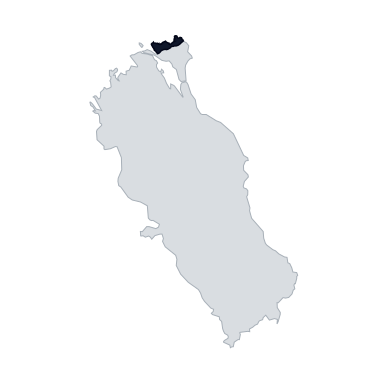 where Edirne sits in Turkey, rotated 62°
{"feature_id": "TUR-2240", "entity_name": "Edirne", "entity_type": "Province", "adm_level": 1, "iso_a3": "TUR", "parent_name": "Turkey", "parent_adm1": "", "projection": "mercator", "projection_center": [26.457, 41.291], "detail": "fine", "context": "in_parent", "style": "filled", "palette": "ink", "viewbox_px": 384, "rotation_deg": 62, "n_neighbors": 0, "source": "natural_earth", "source_scale": "10m", "svg_char_len": 5504}
<svg xmlns="http://www.w3.org/2000/svg" viewBox="0 0 384 384"><g transform="rotate(62 192 192)"><path d="M294.3,138.8L299.5,140.6L301.1,139.3L305.8,139.5L310.0,140.5L312.3,137.4L315.2,137.8L315.8,139.3L317.2,139.9L321.5,143.8L321.0,144.3L322.0,145.7L325.8,146.7L326.1,148.6L329.0,151.6L330.5,156.1L329.6,159.2L328.0,161.2L330.3,167.9L329.6,168.8L334.1,171.0L339.7,170.6L341.5,171.6L347.0,176.9L348.4,178.9L344.6,176.4L342.5,178.6L341.4,183.8L335.4,184.7L336.3,188.1L337.9,189.6L337.4,192.8L337.8,194.0L339.4,196.1L339.2,198.9L339.9,201.9L339.9,205.5L342.4,206.6L341.2,208.2L338.5,215.4L338.7,216.0L340.5,216.2L344.6,219.5L343.9,220.6L344.4,225.2L348.0,228.2L347.4,229.7L347.5,231.2L344.9,230.5L339.6,234.6L339.0,234.5L338.3,233.1L338.1,229.0L336.9,227.9L335.2,227.7L332.3,229.5L329.7,229.5L327.1,229.1L320.2,226.6L317.6,227.5L315.0,226.5L309.8,231.5L308.2,231.9L307.5,229.4L305.7,228.0L303.3,229.9L294.4,232.3L290.3,232.7L285.3,231.9L281.2,232.1L270.0,237.7L259.2,240.6L249.5,240.4L244.3,236.9L240.2,236.1L227.8,241.4L221.8,241.2L219.7,239.1L215.1,238.2L214.1,240.2L213.1,245.2L214.8,249.7L212.2,250.0L210.5,251.0L210.0,254.4L207.7,255.7L206.9,257.8L206.4,257.8L202.6,256.1L203.7,254.5L201.3,248.2L202.4,246.2L207.4,241.1L207.3,238.1L205.2,235.9L198.8,239.7L198.2,241.2L196.8,242.3L194.5,242.8L183.2,237.9L176.6,242.2L171.0,248.5L166.7,250.8L154.2,252.5L152.0,253.7L147.8,252.4L145.2,250.7L139.4,243.6L128.5,238.2L116.9,236.9L115.9,238.3L115.5,243.8L113.7,249.0L112.7,249.5L110.2,248.2L101.3,251.3L93.7,247.9L92.4,246.4L90.7,240.4L89.5,239.9L88.3,240.8L87.1,240.7L81.6,238.1L78.7,238.0L76.9,240.5L74.0,241.6L73.9,240.8L75.1,239.2L70.5,239.5L68.1,240.8L64.8,240.0L65.0,239.3L67.7,238.5L73.8,237.6L77.7,233.5L63.1,233.7L61.7,234.6L61.5,232.5L62.3,231.5L66.1,230.8L65.9,229.0L63.5,227.1L61.0,226.1L59.8,221.7L58.5,220.6L58.7,220.0L61.0,219.2L61.5,216.0L61.2,214.0L56.5,212.2L55.4,212.4L54.2,210.7L52.2,209.4L50.6,210.4L45.8,207.8L46.7,205.8L47.9,205.9L48.1,204.4L47.1,201.8L47.2,200.5L48.3,200.2L49.4,200.4L50.6,201.9L50.8,204.8L52.1,206.6L52.9,204.8L55.1,205.8L59.0,204.9L59.7,204.1L56.9,204.2L55.9,203.5L53.5,198.8L55.9,197.4L57.6,195.0L54.4,193.5L55.0,190.2L52.2,186.5L55.9,181.8L55.7,181.1L54.6,180.8L42.9,182.8L42.7,180.7L43.6,178.8L43.5,174.2L44.0,171.7L46.2,171.0L48.8,167.3L53.1,162.9L57.6,163.0L59.4,161.8L62.0,161.8L62.8,163.5L65.1,164.7L69.3,164.5L71.2,163.3L69.3,161.2L71.7,160.5L73.5,161.0L72.6,163.4L73.1,163.6L78.4,162.9L84.0,163.5L90.2,163.2L90.9,162.4L86.6,160.1L89.4,158.0L90.9,157.6L103.8,155.7L103.9,155.2L96.0,154.1L91.9,151.4L90.8,149.9L91.6,146.2L92.5,145.2L95.3,145.1L105.1,146.8L112.0,145.8L119.6,148.2L126.9,147.7L128.4,146.6L130.2,143.1L140.4,137.2L144.0,134.1L160.0,128.1L184.0,129.2L188.1,126.8L190.6,127.6L189.9,129.2L190.0,130.6L192.9,134.2L197.1,136.2L203.1,134.5L205.2,135.2L207.3,140.8L211.0,144.1L212.7,144.3L214.9,142.4L217.1,142.1L220.6,144.1L221.8,146.0L233.2,148.3L235.6,150.0L243.2,151.7L260.3,147.7L266.5,150.4L271.8,151.3L274.0,150.9L280.9,147.7L283.1,145.9L287.4,144.4L292.8,140.8L294.3,138.8ZM73.9,128.9L73.5,131.4L74.5,134.2L76.9,138.0L79.4,139.9L91.0,145.0L89.3,149.8L86.5,150.6L76.5,148.3L72.5,150.2L69.6,149.7L65.5,150.6L64.4,153.5L61.6,156.8L53.7,160.8L46.4,168.9L44.4,169.9L45.3,167.2L45.2,164.8L48.4,162.0L52.8,159.9L54.0,158.1L42.8,158.4L41.7,155.9L42.8,155.4L46.5,151.0L46.8,149.2L46.5,144.8L50.9,142.3L51.3,141.3L50.5,137.0L46.3,134.4L46.4,133.2L49.4,132.0L51.1,129.0L55.5,128.4L57.6,126.9L61.4,126.2L66.1,130.0L71.7,128.5L73.9,128.9ZM40.6,168.6L36.8,169.3L35.6,168.6L36.8,167.3L39.7,166.4L40.7,167.7L40.6,168.6Z" fill="#d9dde1" stroke="#a8b0b8" stroke-width="1"/><path d="M54.4,129.0L54.6,128.9L55.1,131.3L55.7,133.4L55.9,135.5L55.5,137.6L54.8,138.6L54.6,140.2L53.8,141.9L54.3,142.9L54.5,143.2L54.6,146.3L54.3,147.6L53.5,148.6L53.0,149.9L52.8,151.4L52.9,153.2L53.5,154.5L53.9,155.9L53.9,156.0L53.8,157.3L52.7,157.5L52.3,157.7L52.1,157.8L51.0,157.8L50.6,157.9L49.3,158.7L48.8,158.4L48.6,158.3L48.3,158.2L48.1,158.3L47.8,158.5L47.6,158.6L47.1,158.3L46.9,158.4L46.0,158.6L43.0,158.6L42.5,158.5L42.3,158.4L42.2,158.1L42.1,157.7L41.9,157.3L42.0,157.0L42.0,156.5L41.8,156.1L41.6,155.7L41.8,155.7L42.4,155.7L42.9,155.5L43.2,155.1L43.4,154.5L43.6,154.1L44.5,153.3L44.4,153.1L44.4,152.9L44.5,152.9L44.5,152.7L44.7,152.4L44.7,152.2L44.8,152.4L44.8,152.5L45.0,152.5L45.1,152.4L45.2,152.2L45.3,151.7L45.5,151.9L45.5,152.0L45.8,152.1L46.0,152.0L46.0,151.9L45.9,151.7L46.1,151.4L46.5,151.2L46.8,151.0L46.9,150.8L46.9,150.7L46.7,150.6L46.5,150.4L46.5,150.2L46.9,150.0L47.1,149.9L47.2,149.6L47.2,149.3L46.7,149.1L46.6,148.9L46.4,148.4L46.3,148.1L46.6,147.5L46.5,147.4L46.2,147.4L46.2,147.2L46.5,146.7L46.3,146.3L46.3,146.0L46.4,145.5L46.5,145.1L46.3,144.7L46.5,144.5L47.5,144.4L47.8,144.3L48.2,143.9L48.7,143.6L48.8,143.5L48.8,143.4L49.0,143.3L49.9,142.4L50.0,142.6L50.4,142.8L50.7,142.9L51.0,142.8L51.2,142.6L51.4,142.3L51.4,141.8L51.4,141.3L51.4,140.9L51.1,139.8L51.0,139.0L51.0,138.7L50.8,138.3L50.9,138.1L50.8,137.6L50.9,137.3L50.8,137.2L50.8,136.9L50.8,136.7L50.5,137.2L50.3,137.0L49.6,136.6L48.6,135.9L48.8,135.6L48.8,135.3L48.6,135.3L48.3,135.1L47.7,135.0L47.2,134.6L46.9,134.5L46.5,134.5L46.3,134.3L46.2,133.8L46.3,133.4L46.5,132.8L47.2,132.2L48.9,132.3L49.6,132.1L49.9,131.8L50.0,131.4L50.1,131.0L50.1,130.8L50.1,130.7L50.2,130.4L50.1,130.2L49.9,130.1L50.0,129.8L50.1,129.7L50.7,129.1L50.9,128.9L51.2,128.9L52.8,129.2L53.1,129.1L53.3,129.0L53.6,128.6L53.8,128.6L54.0,128.7L54.3,128.9L54.4,129.0Z" fill="#0f172a" stroke="#020617" stroke-width="1.5"/></g></svg>